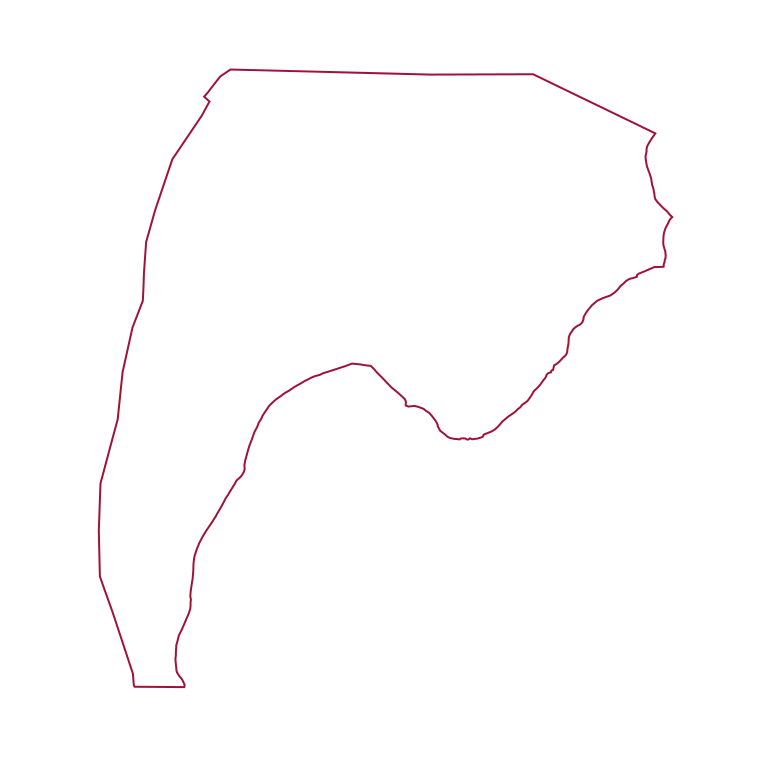 Village, Laborie, Saint Lucia (Robinson projection), rotated 274°
{"feature_id": "8701671B19884465022303", "entity_name": "Village", "entity_type": "district", "adm_level": 2, "iso_a3": "LCA", "parent_name": "Saint Lucia", "parent_adm1": "Laborie", "projection": "robinson", "projection_center": [-60.996, 13.749], "detail": "fine", "context": "isolated", "style": "outline", "palette": "rose", "viewbox_px": 768, "rotation_deg": 274, "n_neighbors": 0, "source": "geoboundaries", "source_scale": "gbopen_adm2", "svg_char_len": 4909}
<svg xmlns="http://www.w3.org/2000/svg" viewBox="0 0 768 768"><g transform="rotate(274 384 384)"><path d="M64.6,156.3L67.7,205.9L69.0,206.1L70.1,206.0L72.0,205.0L72.6,204.7L74.4,203.7L76.0,202.5L77.9,200.6L80.4,198.6L81.9,197.6L83.9,196.9L86.2,196.6L89.4,196.0L92.3,195.5L95.4,195.1L97.3,195.2L98.9,195.3L101.5,195.1L106.0,195.1L108.8,195.0L113.6,196.0L117.2,196.6L118.4,196.8L121.8,198.1L125.1,199.5L132.5,202.1L136.1,203.3L139.0,204.4L142.1,205.4L146.2,206.4L149.0,206.5L151.9,206.3L155.8,206.4L157.5,205.8L159.2,205.6L163.2,205.6L165.9,205.8L172.9,206.3L176.4,206.7L178.5,206.7L184.2,206.8L191.4,206.5L196.4,206.7L199.1,207.0L201.5,207.6L205.2,208.5L208.8,209.6L210.4,210.2L211.9,210.6L215.7,212.2L216.7,212.7L219.3,213.8L222.4,215.4L225.3,216.9L229.5,219.4L231.2,220.4L233.8,221.9L237.0,223.6L240.6,225.6L242.4,226.3L245.4,227.8L248.7,229.5L251.0,230.6L255.1,232.4L256.8,233.1L258.6,233.9L259.7,234.5L261.2,235.3L262.3,236.1L263.9,236.8L266.6,238.2L271.2,240.6L273.9,242.0L276.0,243.0L276.9,243.3L278.2,244.3L279.3,245.5L281.8,247.8L283.7,249.0L285.6,249.9L287.1,250.5L289.6,250.9L291.2,250.7L293.8,250.4L296.3,250.7L298.5,251.0L304.6,252.2L309.9,253.3L313.6,254.2L319.4,256.0L322.0,256.7L327.3,258.2L330.2,259.5L332.1,260.4L333.5,260.8L336.7,261.8L340.4,263.8L342.7,264.7L343.5,264.9L347.0,266.8L350.5,268.8L353.8,270.8L355.6,272.1L360.8,277.0L365.2,282.4L366.6,283.9L368.4,286.2L370.8,289.8L375.0,295.1L376.6,297.5L377.7,299.3L380.3,303.1L382.0,305.4L382.1,306.0L382.9,307.3L385.1,310.7L386.3,313.0L387.4,315.6L388.5,319.1L390.3,322.1L395.5,335.2L399.6,345.2L402.1,350.6L401.9,359.2L401.5,362.4L401.2,367.6L401.2,369.4L398.3,372.9L395.4,375.7L389.1,382.9L386.7,385.5L380.9,391.9L375.7,399.3L370.4,405.8L367.7,407.2L365.0,407.0L364.1,407.2L363.2,410.0L364.0,414.4L364.2,416.0L363.6,419.8L362.1,424.9L360.0,428.1L358.3,431.2L355.6,433.9L353.7,435.6L350.8,438.1L348.7,439.5L347.0,440.4L345.8,440.4L341.2,443.4L338.3,447.8L336.0,450.8L334.7,453.6L334.5,455.7L334.1,458.1L334.2,460.9L334.1,461.8L334.0,463.3L334.9,464.3L335.3,466.0L335.3,467.5L335.4,468.5L335.0,469.6L334.6,470.2L334.4,470.8L334.4,471.6L335.1,472.8L335.8,473.6L335.2,475.4L335.1,476.8L335.4,477.8L335.7,479.1L336.0,480.8L336.3,481.6L337.1,483.7L337.9,485.4L338.2,486.1L339.2,486.7L340.1,486.7L340.6,487.2L341.5,489.1L341.7,489.6L343.6,493.5L344.0,494.3L346.4,497.8L349.3,500.6L350.5,501.5L351.1,502.0L353.2,503.5L354.9,504.7L356.3,506.2L357.8,507.8L359.5,509.5L360.7,510.9L362.6,513.3L363.6,514.6L364.2,515.4L365.9,517.2L366.9,518.0L368.0,519.0L369.2,520.3L369.7,520.9L370.4,521.6L371.4,522.3L372.9,523.3L374.0,524.7L375.0,525.8L376.6,527.8L377.2,528.3L378.1,529.0L379.9,530.1L380.8,530.6L381.9,531.3L383.1,532.0L386.1,533.4L386.7,533.6L388.2,534.7L388.7,535.2L389.3,535.8L390.3,536.8L391.6,537.9L392.6,538.7L393.7,539.5L394.7,540.2L396.1,541.0L398.3,542.4L399.1,542.8L400.1,543.6L400.6,543.9L401.0,544.2L401.9,544.7L402.8,545.1L404.4,545.5L405.8,546.5L406.2,546.9L407.3,549.7L408.2,549.8L409.0,550.0L409.3,550.4L409.6,551.5L411.0,551.9L413.6,552.2L414.8,552.6L415.2,553.6L416.5,555.3L419.1,557.8L422.4,560.4L423.4,561.2L423.8,561.9L425.9,563.6L428.5,564.5L432.0,564.6L437.0,565.2L443.3,565.1L444.6,565.4L447.1,566.2L450.3,568.2L451.8,568.9L453.9,570.9L455.9,573.5L456.8,575.2L457.5,576.0L459.6,577.6L462.5,578.5L464.0,578.4L465.8,578.9L467.2,579.6L469.1,580.6L470.8,581.5L476.9,585.8L479.5,588.4L481.7,590.6L483.1,592.9L485.2,596.9L486.9,600.9L488.0,603.4L489.6,605.5L491.3,607.6L493.7,609.9L498.7,613.5L500.0,614.9L501.4,616.3L503.5,618.2L505.0,620.1L506.1,621.8L506.9,624.7L507.8,626.8L508.5,628.7L510.3,628.8L511.8,630.3L513.6,634.1L517.9,642.4L519.5,645.6L519.8,648.7L520.3,653.3L520.4,654.7L521.5,654.8L522.0,654.8L522.7,654.7L524.0,655.0L525.2,655.4L527.4,655.4L529.0,656.0L529.8,656.0L531.8,656.1L532.5,655.9L533.4,655.7L534.7,655.6L535.2,655.6L538.2,654.4L541.8,653.1L544.6,652.7L547.8,652.6L550.8,652.5L552.3,652.6L553.9,652.7L556.6,653.3L557.5,653.5L560.2,654.4L564.5,656.4L565.5,656.6L567.2,657.4L568.5,658.1L569.1,658.6L569.6,659.0L570.6,659.9L573.1,657.0L574.7,655.5L576.5,653.6L578.0,651.6L578.6,650.8L581.1,647.9L584.6,644.1L587.4,641.7L589.7,640.9L590.3,640.8L592.2,640.5L594.9,639.8L598.0,639.0L599.9,638.2L601.3,637.6L607.5,636.2L610.2,635.2L611.4,634.8L612.5,634.3L614.9,633.1L619.6,631.1L620.7,630.8L621.4,630.6L624.8,629.8L625.3,629.6L629.1,629.0L634.3,629.7L635.4,629.6L636.3,629.5L637.8,629.7L639.4,629.9L640.3,630.3L643.5,631.8L645.4,632.8L647.3,633.8L650.3,635.6L652.9,637.2L691.9,539.8L703.4,511.1L695.9,408.8L687.0,208.9L679.3,199.1L671.6,193.9L662.2,187.7L660.1,186.1L658.1,184.5L653.6,190.2L638.8,183.4L600.2,161.1L593.5,157.2L541.6,143.6L509.0,136.8L477.8,136.8L464.2,137.3L450.1,137.6L422.9,129.2L377.7,122.4L351.0,121.5L330.2,120.8L307.3,116.3L264.9,108.1L222.0,109.6L218.2,109.7L172.2,114.0L161.3,118.7L137.4,129.2L77.3,153.8L66.1,155.4L64.6,156.3Z" fill="none" stroke="#9f1239" stroke-width="2"/></g></svg>